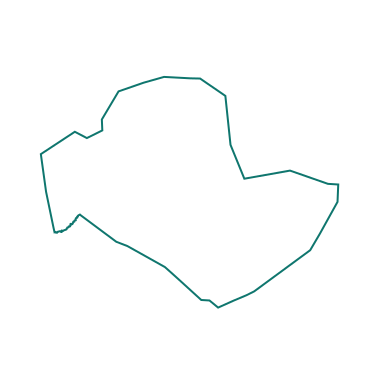 the district of Saixan-Ovoo, Dundgovi, Mongolia, rotated 75°
{"feature_id": "93677404B35030866925592", "entity_name": "Saixan-Ovoo", "entity_type": "district", "adm_level": 2, "iso_a3": "MNG", "parent_name": "Mongolia", "parent_adm1": "Dundgovi", "projection": "albers", "projection_center": [104.099, 45.572], "detail": "fine", "context": "isolated", "style": "outline", "palette": "teal", "viewbox_px": 384, "rotation_deg": 75, "n_neighbors": 0, "source": "geoboundaries", "source_scale": "gbopen_adm2", "svg_char_len": 2119}
<svg xmlns="http://www.w3.org/2000/svg" viewBox="0 0 384 384"><g transform="rotate(75 192 192)"><path d="M98.6,260.3L109.3,262.7L112.7,279.6L111.4,281.0L103.5,289.6L116.3,328.2L154.0,332.9L190.5,335.0L195.2,335.2L195.1,334.9L195.1,334.6L195.2,334.4L195.3,334.2L195.8,334.0L196.0,334.0L196.1,333.9L196.2,333.7L196.2,333.4L196.1,333.2L196.0,332.8L196.1,332.7L195.8,332.5L195.7,332.3L195.7,332.2L195.7,331.9L195.7,331.7L195.8,331.5L195.8,331.2L195.7,330.9L195.6,330.4L195.6,330.2L195.8,329.7L196.0,329.5L196.1,329.3L196.3,329.1L196.5,329.0L196.7,328.8L196.8,328.7L196.9,328.3L196.8,328.1L196.7,328.0L196.1,328.0L195.8,328.0L195.6,328.0L195.5,327.8L195.5,327.7L195.7,327.4L196.0,327.2L196.2,326.9L196.2,326.6L196.2,326.3L196.0,326.0L195.9,325.7L195.8,325.2L195.8,324.8L195.8,324.3L195.7,323.7L195.7,323.2L195.6,322.9L195.4,322.7L195.2,322.7L194.9,322.5L194.7,322.2L194.3,321.7L194.1,321.6L194.1,321.4L194.1,321.1L194.2,320.8L194.2,320.6L194.1,320.4L193.7,320.2L193.4,320.0L193.4,319.7L193.4,319.3L193.6,319.1L193.6,318.8L193.6,318.6L193.3,318.4L193.0,318.4L192.8,318.2L192.7,318.1L192.6,317.9L192.6,317.7L192.4,317.5L192.2,317.6L191.9,317.8L191.6,317.8L191.5,317.7L191.4,317.5L191.4,317.3L191.4,317.1L191.5,317.0L191.7,316.7L192.0,316.4L192.1,316.1L192.0,315.8L191.5,315.3L191.1,315.0L190.5,314.7L190.0,314.3L190.0,314.0L190.0,313.8L190.2,313.5L190.2,313.4L189.8,313.2L189.6,313.2L189.4,313.1L189.2,312.9L189.2,312.5L189.2,312.0L189.2,311.6L188.9,311.5L188.6,311.6L188.4,311.6L188.1,311.4L187.9,311.3L187.6,311.2L187.3,311.0L187.2,310.7L187.2,310.4L187.2,310.0L187.1,309.6L187.0,309.4L186.8,309.4L186.6,309.4L186.4,309.5L186.2,309.4L186.0,309.1L186.0,308.8L185.9,308.4L185.7,308.3L185.4,308.2L185.1,307.6L185.0,306.9L184.9,306.4L184.8,306.1L185.7,305.5L220.5,278.0L227.5,268.4L257.5,237.6L269.4,229.8L298.7,211.0L301.3,203.2L310.4,196.7L307.7,179.9L305.8,166.1L304.1,157.7L278.8,92.9L265.3,79.2L239.2,54.0L222.6,48.8L219.3,58.6L196.7,91.8L192.7,138.0L156.4,142.6L107.8,134.9L105.2,137.1L91.9,148.5L84.5,154.8L81.8,164.1L73.6,189.2L73.9,210.4L75.8,236.9L98.6,260.3Z" fill="none" stroke="#0f766e" stroke-width="2"/></g></svg>